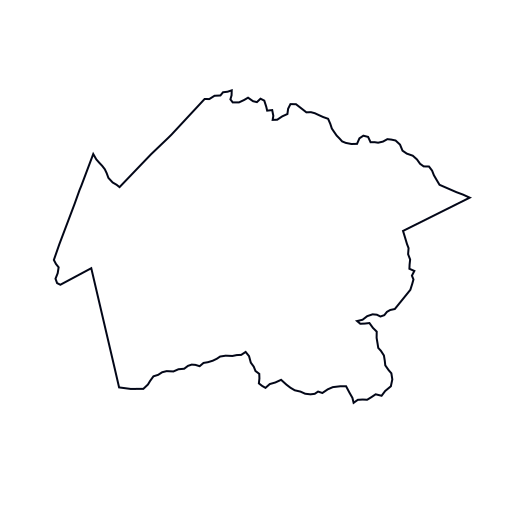 outline of São Sebastião do Passé, Bahia, Brazil, rotated 12°
{"feature_id": "56859067B57148089527577", "entity_name": "São Sebastião do Passé", "entity_type": "district", "adm_level": 2, "iso_a3": "BRA", "parent_name": "Brazil", "parent_adm1": "Bahia", "projection": "robinson", "projection_center": [-38.471, -12.522], "detail": "fine", "context": "isolated", "style": "outline", "palette": "ink", "viewbox_px": 512, "rotation_deg": 12, "n_neighbors": 0, "source": "geoboundaries", "source_scale": "gbopen_adm2", "svg_char_len": 2495}
<svg xmlns="http://www.w3.org/2000/svg" viewBox="0 0 512 512"><g transform="rotate(12 256 256)"><path d="M67.7,242.9L61.2,285.3L59.1,301.9L62.0,305.4L65.3,308.1L65.6,314.1L64.6,319.9L67.1,323.9L70.6,324.8L97.4,302.2L141.0,395.0L149.4,413.0L160.9,412.1L173.4,409.4L177.0,404.2L178.4,400.2L180.7,395.0L185.0,392.6L188.4,389.2L192.5,387.2L199.2,386.1L203.7,382.9L209.2,381.2L212.3,377.6L215.7,375.6L219.3,375.1L223.8,375.5L226.9,371.5L231.0,369.9L235.5,367.4L239.1,364.6L241.8,361.8L247.1,359.8L253.7,358.7L257.8,356.9L262.1,355.8L265.8,352.0L270.0,355.4L273.1,361.4L276.8,364.7L279.4,368.6L283.7,370.6L284.8,375.1L285.3,380.0L289.0,381.8L292.7,383.0L296.1,378.4L301.2,375.7L306.3,371.9L312.5,375.5L317.1,377.7L321.8,379.3L327.7,379.4L332.7,380.5L338.0,380.0L342.1,378.6L344.9,375.7L349.4,376.2L353.9,371.5L358.4,368.3L365.5,365.9L371.2,364.7L375.7,370.1L379.8,374.7L382.0,379.3L385.5,375.5L390.3,374.2L394.6,373.5L398.2,370.1L401.8,366.4L407.9,366.6L410.4,361.2L415.0,355.4L415.0,348.4L412.8,342.6L409.5,340.1L405.2,336.1L403.7,331.6L401.8,326.7L397.9,322.8L394.7,320.5L393.2,316.6L391.0,311.0L389.8,304.9L385.3,302.0L380.9,298.0L376.4,299.5L372.1,300.6L368.4,298.6L373.5,296.2L377.3,291.7L382.2,288.8L386.4,288.3L390.3,289.3L393.8,287.2L395.7,283.4L398.5,280.9L402.8,279.0L414.0,257.0L414.6,250.9L414.9,246.2L412.6,242.8L414.0,237.7L408.7,236.6L408.0,232.3L407.5,227.4L404.4,222.6L403.6,216.6L401.2,212.9L398.2,207.4L394.6,200.9L452.9,154.5L445.7,152.9L438.8,151.9L420.7,148.2L417.0,144.2L413.2,140.0L410.5,135.9L406.6,132.5L401.4,133.5L397.3,131.7L393.4,128.1L388.5,125.3L382.2,124.5L377.4,122.5L373.7,117.1L368.5,114.0L364.1,114.0L360.2,114.4L356.4,117.7L351.9,119.8L348.3,120.0L344.4,120.9L340.9,116.2L336.0,116.0L332.7,119.4L331.5,125.3L326.1,126.6L320.3,126.7L316.4,126.0L313.4,123.8L309.8,121.4L306.5,118.3L303.7,115.6L301.2,111.3L298.0,106.8L292.7,106.1L287.7,105.0L283.8,104.1L279.8,103.9L275.4,105.0L269.9,102.3L263.5,99.2L258.1,100.3L256.8,105.3L257.2,110.6L252.7,113.9L248.4,118.3L244.0,119.4L243.8,115.3L241.5,109.9L236.7,111.5L235.0,107.9L231.8,102.3L227.7,101.2L224.9,105.3L220.9,105.2L215.3,102.8L211.9,105.9L207.4,109.3L201.3,110.6L198.4,108.1L198.7,103.9L197.8,99.0L194.1,101.2L189.7,102.7L187.8,106.4L182.1,107.9L177.7,112.2L173.1,113.1L148.0,155.0L145.5,158.8L132.2,178.3L108.2,217.0L104.8,215.3L100.5,213.9L95.4,210.3L92.7,206.0L90.1,202.6L86.8,199.8L83.2,197.3L79.7,194.7L75.6,190.1L70.5,223.8L69.7,228.1L67.7,242.9Z" fill="none" stroke="#020617" stroke-width="2"/></g></svg>